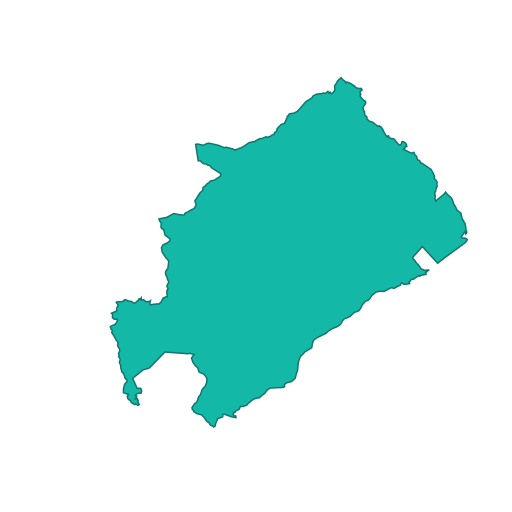 the district of Alesd, Bihor, Romania, rotated 230°
{"feature_id": "2599482B2208634986084", "entity_name": "Alesd", "entity_type": "district", "adm_level": 2, "iso_a3": "ROU", "parent_name": "Romania", "parent_adm1": "Bihor", "projection": "robinson", "projection_center": [22.42, 47.104], "detail": "fine", "context": "isolated", "style": "filled", "palette": "teal", "viewbox_px": 512, "rotation_deg": 230, "n_neighbors": 0, "source": "geoboundaries", "source_scale": "gbopen_adm2", "svg_char_len": 6111}
<svg xmlns="http://www.w3.org/2000/svg" viewBox="0 0 512 512"><g transform="rotate(230 256 256)"><path d="M337.9,435.8L337.7,431.0L336.3,427.7L336.1,426.1L335.6,425.4L332.7,423.3L331.7,420.9L331.8,417.9L334.0,418.1L334.1,416.5L335.9,416.9L336.0,413.5L337.7,412.3L337.9,411.1L340.9,406.7L341.9,402.9L341.2,400.0L342.2,393.6L340.2,380.8L341.0,377.0L343.4,373.1L342.9,371.0L342.4,370.3L342.9,369.9L342.1,368.9L339.4,363.3L339.7,362.0L340.6,359.9L340.0,353.9L338.9,353.2L338.3,351.1L338.6,349.7L337.7,348.3L338.5,345.4L338.2,344.3L339.0,342.9L339.5,340.9L340.9,340.4L342.0,336.3L343.0,335.1L343.6,333.9L344.5,329.7L344.4,328.6L345.2,327.6L347.3,323.4L347.8,317.6L348.7,313.4L349.3,312.4L349.6,310.6L350.4,309.3L350.5,308.0L352.9,307.1L358.7,302.9L359.2,301.7L359.8,301.1L364.9,298.4L372.4,292.7L373.7,290.8L374.5,287.4L375.1,286.5L378.5,284.0L380.1,282.2L380.3,281.5L366.1,272.9L364.3,274.7L363.0,274.6L360.3,275.2L358.6,277.0L356.7,277.4L354.5,278.9L352.4,278.6L341.5,282.0L341.2,281.9L340.5,280.9L340.1,279.0L340.9,272.6L342.3,270.4L342.8,269.0L342.4,266.9L342.8,265.2L342.7,263.8L342.2,262.1L342.5,260.6L342.4,259.3L340.4,257.1L340.5,254.3L339.5,250.6L338.0,246.7L337.9,245.1L336.9,244.3L333.5,243.1L332.3,239.3L332.5,237.6L333.0,236.3L333.7,231.3L334.4,229.6L333.6,227.1L337.2,223.6L341.4,220.3L343.0,212.3L346.8,205.5L345.2,204.8L342.1,204.5L339.0,201.6L337.4,201.5L335.3,202.1L330.4,199.8L324.3,201.1L323.0,199.5L323.1,195.9L323.6,194.9L324.3,191.9L323.1,188.8L320.3,187.3L319.7,186.7L312.8,185.8L310.1,186.0L308.0,185.7L303.3,180.7L302.3,176.9L300.7,175.3L298.7,174.5L297.5,174.6L295.1,173.2L292.2,172.6L290.4,168.5L289.3,168.0L287.6,167.7L286.8,165.6L285.1,164.0L281.9,162.0L282.8,160.3L282.8,159.3L283.2,158.9L283.5,157.7L281.5,153.1L281.8,151.9L281.7,150.9L282.2,150.0L283.1,149.3L283.8,147.8L285.0,146.5L285.3,145.5L286.5,143.8L287.2,143.7L289.0,145.4L289.6,146.3L289.7,145.3L291.6,142.3L294.8,141.8L295.4,140.5L296.5,139.6L296.9,140.6L297.7,141.2L297.4,140.0L298.4,139.0L297.9,138.0L297.7,133.9L298.0,132.3L301.1,131.4L302.1,130.8L302.9,129.6L306.6,127.9L307.1,126.4L306.7,125.6L306.7,124.8L310.3,119.9L310.2,119.1L307.0,118.9L306.6,118.6L306.3,117.0L305.7,116.0L303.8,114.1L303.6,113.2L305.1,108.5L303.5,108.6L300.9,106.3L298.6,106.8L297.2,108.7L295.9,108.7L294.3,105.7L294.5,102.9L295.3,100.6L295.5,98.9L293.1,97.9L292.3,98.2L290.7,97.6L290.3,96.3L285.9,95.8L281.9,94.9L278.5,94.7L276.9,92.9L275.7,92.2L272.6,91.7L270.7,90.4L269.8,88.0L268.2,87.5L267.0,86.0L264.4,85.6L263.7,85.1L262.2,82.8L259.7,82.3L257.2,80.5L253.3,78.7L251.0,79.0L246.0,77.0L245.2,77.4L243.9,77.4L242.7,76.6L242.6,74.8L242.1,72.7L239.1,68.7L236.5,66.6L231.9,69.2L231.0,66.9L229.3,66.2L227.7,66.2L225.6,66.9L224.6,66.3L222.5,66.7L220.0,67.7L220.1,68.7L217.9,69.4L217.3,70.0L217.3,71.2L218.1,71.1L221.2,72.4L221.2,72.9L223.3,73.4L224.0,71.8L224.5,73.2L225.4,74.6L226.7,73.7L227.0,74.4L226.9,76.5L226.3,78.1L224.8,79.6L225.5,81.1L227.0,82.2L228.8,82.6L231.1,79.9L241.6,82.9L241.3,96.7L239.0,101.6L238.8,103.1L241.0,124.5L224.5,141.4L224.3,142.5L220.4,145.2L219.2,140.9L215.0,139.3L210.6,139.0L207.9,139.5L203.7,137.8L199.4,139.9L197.3,140.2L194.5,139.8L193.0,139.1L190.7,136.8L188.9,133.4L188.4,129.1L185.6,124.5L184.8,121.0L183.5,119.4L182.1,116.5L182.4,114.2L181.0,109.5L179.5,108.6L177.4,108.7L176.6,108.3L173.2,109.4L169.2,112.2L166.3,112.5L160.5,112.0L159.0,112.8L155.9,112.4L153.2,113.6L152.3,113.5L152.0,115.5L153.6,117.4L156.1,122.4L155.3,123.8L154.2,127.1L156.0,129.0L155.4,129.9L148.4,134.0L145.1,136.7L146.3,137.7L147.8,136.7L149.0,136.5L150.2,137.3L149.8,139.6L150.3,140.7L149.4,144.6L150.8,147.2L149.1,149.3L147.7,153.0L148.1,155.3L148.0,161.6L146.9,164.9L145.2,167.4L145.4,170.6L145.2,174.6L146.2,178.7L145.7,182.0L137.6,192.7L137.6,194.1L139.3,195.0L139.1,198.1L137.0,202.4L137.1,207.4L140.0,211.4L141.6,214.3L147.0,219.7L149.1,222.7L150.5,225.7L150.8,230.1L151.2,231.2L149.9,239.7L152.9,243.3L154.3,245.7L154.5,247.2L154.2,250.1L151.8,259.9L152.0,262.8L151.2,268.4L149.9,271.9L149.4,274.8L149.4,277.1L150.8,280.8L151.2,283.4L150.3,285.3L149.2,289.4L149.5,292.3L149.5,295.3L148.2,298.5L148.0,299.9L148.7,302.5L150.2,305.9L151.0,310.6L150.0,313.5L150.1,315.5L151.4,319.7L151.2,320.7L151.3,324.6L149.4,328.2L146.5,331.4L144.8,339.3L142.5,340.9L141.6,345.5L140.9,347.3L141.9,350.5L139.0,351.2L136.1,355.9L136.6,356.2L137.5,356.1L137.7,358.5L138.2,359.1L138.2,359.4L137.7,361.3L137.1,361.4L136.3,368.3L135.4,368.3L134.3,372.0L134.0,371.9L133.5,372.9L132.7,374.5L134.2,375.2L134.1,376.0L134.5,376.0L134.0,379.8L136.8,375.8L139.8,374.3L145.5,374.7L146.8,374.3L150.6,374.8L153.2,374.6L154.2,375.1L156.3,389.5L133.7,390.5L133.3,400.9L131.7,425.0L132.4,427.9L132.8,428.5L134.9,428.0L137.3,425.4L138.5,425.4L140.5,431.5L138.0,430.8L138.4,432.4L140.3,433.6L141.8,434.0L142.7,434.9L146.1,436.8L147.4,437.2L149.1,437.1L149.3,437.6L152.1,437.9L157.1,440.5L162.3,439.5L164.8,440.3L169.0,441.0L172.6,442.5L175.5,443.0L179.8,442.2L183.1,442.3L182.5,440.2L182.6,428.9L185.0,430.0L186.5,431.8L189.6,433.4L190.0,435.1L191.4,436.5L192.9,439.5L195.2,441.1L196.1,442.2L198.5,442.6L201.0,442.4L202.1,443.9L205.2,444.9L209.7,445.8L220.0,442.9L221.4,441.9L222.3,442.4L224.3,442.5L225.8,441.6L227.8,442.3L228.4,442.8L230.2,443.0L231.6,442.8L233.9,443.6L235.0,441.0L243.2,437.5L243.2,439.1L242.9,439.5L243.7,440.3L243.8,441.5L243.4,441.4L242.9,441.9L244.9,443.0L246.4,443.2L248.6,442.5L249.6,441.8L249.7,441.3L248.8,440.3L248.1,438.2L248.5,437.4L250.0,436.9L256.4,437.0L257.8,436.5L258.6,435.4L259.6,434.7L261.2,434.2L262.8,434.8L263.4,433.7L263.0,433.0L265.5,433.1L269.7,433.9L271.3,434.5L274.6,434.7L276.5,434.1L276.6,432.9L281.6,431.6L282.8,431.7L286.7,429.4L290.0,429.1L290.5,429.3L290.8,430.2L292.9,430.2L293.7,429.8L297.1,432.0L297.5,431.8L298.1,432.0L300.9,433.4L301.4,434.1L302.0,436.9L302.7,438.4L303.9,439.2L304.7,439.2L306.0,438.6L309.4,438.3L311.9,438.6L312.1,439.5L312.6,440.3L314.0,440.5L314.9,441.3L315.1,441.8L314.9,443.9L316.7,444.4L317.7,443.0L319.9,441.2L321.7,440.6L322.7,440.8L327.3,439.4L330.3,437.9L330.9,437.3L331.2,436.1L332.5,436.5L335.7,435.7L337.9,435.8Z" fill="#14b8a6" stroke="#0f766e" stroke-width="1.5"/></g></svg>